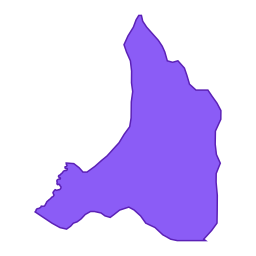 Pochon, Ryanggang, North Korea (Mercator projection)
{"feature_id": "82179303B51146356154870", "entity_name": "Pochon", "entity_type": "district", "adm_level": 2, "iso_a3": "PRK", "parent_name": "North Korea", "parent_adm1": "Ryanggang", "projection": "mercator", "projection_center": [128.323, 41.648], "detail": "fine", "context": "isolated", "style": "filled", "palette": "violet", "viewbox_px": 256, "rotation_deg": 0, "n_neighbors": 0, "source": "geoboundaries", "source_scale": "gbopen_adm2", "svg_char_len": 4251}
<svg xmlns="http://www.w3.org/2000/svg" viewBox="0 0 256 256"><path d="M70.6,226.2L73.3,223.2L77.2,221.8L81.2,218.8L85.2,214.5L90.5,211.5L94.5,211.5L101.1,213.0L105.0,215.9L110.2,217.4L114.2,214.4L119.6,210.1L128.8,207.1L134.1,210.0L140.6,215.9L145.8,223.2L155.0,227.5L162.8,234.8L170.7,239.2L177.3,240.6L190.5,240.6L205.6,240.6L203.7,239.2L211.7,230.4L217.0,223.1L217.2,210.0L217.3,195.4L216.1,182.2L216.2,173.5L220.3,163.2L216.4,154.5L215.2,144.2L215.4,131.1L220.8,119.3L220.9,110.6L217.0,103.2L211.8,95.9L207.9,90.1L201.3,90.1L196.0,90.1L189.5,84.2L186.9,75.4L184.4,68.1L177.9,60.8L172.6,62.3L167.3,60.8L164.8,52.0L162.2,46.2L158.3,40.3L151.8,33.0L146.6,27.1L142.7,21.2L141.8,17.1L141.4,15.4L138.8,15.4L136.1,19.8L133.4,27.1L128.0,35.9L124.0,44.7L126.5,52.0L130.4,60.8L131.6,71.1L131.5,82.8L132.7,91.6L131.3,101.9L131.2,110.6L131.1,118.0L129.7,126.7L124.3,134.1L119.0,142.8L113.6,148.7L107.0,156.0L101.6,160.4L95.0,166.3L87.0,172.1L83.0,172.1L79.1,167.7L73.8,163.6L66.2,163.0L66.2,163.5L66.2,163.9L66.3,164.1L66.4,164.4L66.6,164.6L66.9,165.0L67.0,165.3L66.9,165.7L66.9,165.8L66.7,166.0L66.4,166.4L66.3,166.5L66.1,166.6L65.9,166.7L65.7,166.7L65.4,166.7L65.2,166.7L65.1,166.8L65.0,167.0L65.0,167.5L65.1,167.9L65.2,168.1L65.3,168.3L65.4,168.5L65.6,168.6L66.0,168.6L66.5,168.6L66.9,168.6L67.1,168.6L67.3,168.6L67.4,168.8L67.4,169.1L67.3,169.3L67.3,169.5L67.1,169.8L67.0,170.0L66.8,170.2L66.6,170.4L66.4,170.5L66.1,170.6L65.9,170.6L65.6,170.6L65.3,170.6L65.0,170.6L64.7,170.6L64.2,170.8L63.8,171.0L63.6,171.2L63.4,171.3L63.3,171.5L63.1,171.7L63.0,171.8L62.9,172.0L62.7,172.3L62.6,172.5L62.4,172.8L62.1,173.0L61.9,173.2L61.7,173.3L61.3,173.6L61.2,173.7L61.1,173.8L60.9,174.0L60.8,174.3L60.7,174.4L60.6,174.5L60.4,174.8L60.2,174.9L59.9,175.0L59.7,175.1L59.4,175.1L59.2,175.3L58.9,175.5L58.7,175.7L58.6,175.9L58.5,176.1L58.5,176.4L58.5,176.6L58.6,176.8L58.7,177.0L58.9,177.1L59.0,177.2L59.2,177.3L59.3,177.4L59.5,177.5L59.8,177.7L60.0,177.7L60.1,177.8L60.3,178.0L60.4,178.3L60.4,178.6L60.3,178.8L60.2,179.0L59.9,179.1L59.6,179.1L59.4,179.1L59.2,179.1L58.8,179.1L58.6,179.1L58.3,179.2L58.2,179.3L57.9,179.5L57.6,179.7L57.4,179.8L57.2,180.0L57.0,180.3L56.9,180.6L56.9,180.9L56.9,181.2L56.9,181.4L57.0,181.6L57.1,181.8L57.1,182.1L57.2,182.3L57.1,182.7L57.1,183.0L57.0,183.3L57.0,183.7L57.0,183.8L57.1,184.0L57.3,184.4L57.5,184.5L57.8,184.7L58.0,184.7L58.4,184.5L58.5,184.3L58.8,184.3L59.1,184.3L59.4,184.5L59.6,184.7L59.7,184.8L59.8,185.1L59.9,185.4L59.9,185.6L60.1,185.8L60.3,186.0L60.5,186.2L60.6,186.4L60.8,186.6L60.8,186.8L61.0,187.0L61.0,187.6L60.9,187.8L60.9,188.0L60.7,188.4L60.6,188.6L60.4,188.9L60.2,189.1L60.0,189.3L59.8,189.4L59.7,189.5L59.4,189.7L59.2,189.7L58.9,189.8L58.6,189.7L58.2,189.8L57.8,190.0L57.5,190.1L57.3,190.1L57.1,190.2L56.9,190.3L56.6,190.3L56.4,190.3L56.3,190.2L56.1,190.1L55.8,190.1L55.7,190.0L55.6,189.8L55.4,189.7L55.1,189.7L55.0,189.9L54.8,190.1L54.6,190.3L54.3,190.6L54.2,190.8L53.9,191.1L53.7,191.3L53.5,191.7L53.3,191.9L53.2,192.1L53.2,192.3L53.0,192.6L53.1,192.8L53.1,193.0L53.2,193.5L53.4,193.7L53.4,193.9L53.5,194.1L53.6,194.3L53.8,194.5L53.9,194.8L53.9,195.1L53.9,195.4L53.8,195.6L53.7,195.8L53.4,196.0L53.2,196.3L53.0,196.6L52.9,196.7L52.7,196.8L52.4,196.9L52.2,197.0L51.8,197.1L51.7,197.3L51.4,197.6L51.2,197.8L50.9,198.1L50.8,198.3L50.6,198.5L50.4,198.7L50.2,198.9L50.1,199.0L49.9,199.1L49.6,199.3L49.4,199.5L49.1,199.7L48.9,199.8L48.8,200.1L48.6,200.3L48.4,200.4L48.2,200.6L47.9,200.8L47.7,200.9L47.5,201.1L47.4,201.2L47.2,201.4L47.1,201.6L46.8,201.8L46.7,202.0L46.4,202.4L46.4,202.6L46.4,202.8L46.3,203.1L46.2,203.3L46.0,203.5L45.8,203.7L45.7,203.9L45.6,204.2L45.5,204.4L45.3,204.6L45.2,204.9L45.1,205.1L45.0,205.3L44.9,205.5L44.7,205.8L44.3,206.1L44.1,206.1L43.9,206.2L43.6,206.2L43.3,206.2L43.1,206.2L42.9,206.2L42.6,206.2L42.4,206.3L42.2,206.3L41.8,206.2L41.6,206.2L41.3,206.1L41.2,206.2L41.1,206.3L41.1,206.6L41.0,206.8L40.8,207.2L40.6,207.3L40.4,207.5L40.1,207.7L39.8,207.9L39.5,208.0L39.3,208.2L39.0,208.3L38.7,208.4L38.3,208.5L38.0,208.5L37.7,208.6L37.4,208.7L37.2,208.8L36.9,208.9L36.7,209.1L36.5,209.3L36.3,209.5L36.3,209.8L36.1,210.1L36.1,210.3L36.0,210.6L35.8,210.9L35.6,211.3L35.4,211.5L35.1,211.9L52.2,223.3L60.0,227.6L66.6,229.1L70.6,226.2Z" fill="#8b5cf6" stroke="#5b21b6" stroke-width="1.5"/></svg>